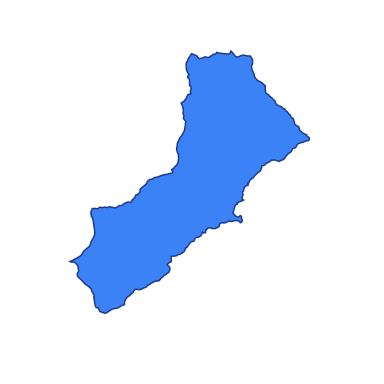 the district of Lunca Bradului, Mures, Romania, rotated 206°
{"feature_id": "2599482B15152164685574", "entity_name": "Lunca Bradului", "entity_type": "district", "adm_level": 2, "iso_a3": "ROU", "parent_name": "Romania", "parent_adm1": "Mures", "projection": "albers", "projection_center": [25.143, 46.979], "detail": "fine", "context": "isolated", "style": "filled", "palette": "blue", "viewbox_px": 384, "rotation_deg": 206, "n_neighbors": 0, "source": "geoboundaries", "source_scale": "gbopen_adm2", "svg_char_len": 6074}
<svg xmlns="http://www.w3.org/2000/svg" viewBox="0 0 384 384"><g transform="rotate(206 192 192)"><path d="M252.8,316.3L253.1,315.5L253.8,310.3L253.6,309.1L253.7,305.4L252.8,303.1L252.1,302.0L251.4,301.3L251.4,300.7L250.9,299.9L248.7,297.7L247.7,297.0L246.1,296.4L246.1,295.8L246.5,294.9L246.2,293.0L243.9,292.2L242.9,290.9L242.4,289.6L240.7,286.4L239.6,286.6L239.0,286.2L238.0,283.9L237.4,281.3L236.9,280.5L236.1,280.1L236.0,279.9L236.5,279.1L237.5,278.3L238.1,278.2L238.5,277.5L238.2,275.7L238.4,274.5L238.2,273.6L238.2,273.3L238.8,271.9L238.6,271.4L238.6,270.9L240.7,267.2L238.5,265.3L236.4,262.9L235.2,260.9L234.6,258.7L233.8,258.1L232.3,256.3L232.0,254.4L231.0,253.8L228.7,252.9L228.4,252.6L228.2,251.4L227.4,249.5L225.7,243.9L225.9,238.8L226.7,234.8L226.3,233.6L226.6,232.9L226.5,229.9L226.3,228.6L225.7,227.2L224.9,224.4L224.6,223.7L222.8,221.5L221.6,220.4L220.6,220.2L220.1,218.3L219.2,217.2L218.4,215.6L218.3,214.7L217.5,212.8L217.4,212.0L217.6,210.9L217.4,210.0L218.6,206.8L218.8,205.4L219.0,204.8L220.2,203.3L219.5,202.5L218.4,202.2L218.4,201.9L218.1,201.6L218.1,200.7L218.2,200.2L219.1,199.5L220.0,199.0L222.8,196.4L224.2,195.7L227.6,192.6L228.1,191.7L228.6,191.4L230.3,189.6L231.2,189.0L231.9,188.8L232.9,187.1L233.7,186.0L235.3,184.8L236.3,183.4L236.4,182.5L236.7,181.2L236.7,179.1L238.6,174.7L239.2,173.8L239.3,172.8L239.9,171.5L239.3,171.0L238.8,170.1L238.9,168.8L239.6,165.9L241.0,164.9L241.2,164.2L241.2,163.4L241.1,162.6L241.1,161.7L242.2,158.9L242.3,158.0L242.1,157.7L242.3,156.3L242.6,155.9L243.0,155.4L244.8,155.1L245.5,154.8L246.2,153.7L247.6,152.5L248.7,150.0L249.2,149.3L250.1,148.5L251.3,148.0L252.2,146.7L252.7,145.5L254.3,144.0L254.8,143.7L259.3,142.8L261.3,141.0L262.6,140.4L263.7,140.3L265.8,138.6L267.4,138.2L268.2,137.8L268.7,137.2L269.1,136.1L269.5,135.4L272.0,134.7L274.4,133.4L274.1,131.6L274.3,130.1L273.6,129.0L273.4,128.4L272.7,127.2L272.1,126.6L271.9,126.0L270.6,125.5L268.8,123.7L262.6,114.6L261.0,111.7L260.6,108.7L260.9,103.2L260.3,100.4L260.3,99.1L260.6,97.7L263.1,92.2L263.4,90.7L263.6,88.1L263.9,86.5L265.1,84.3L266.6,82.1L270.0,77.4L271.3,76.0L270.3,75.9L267.7,77.1L266.6,77.3L263.3,76.2L262.3,75.6L259.4,71.6L259.2,70.9L259.3,68.8L259.0,67.7L258.5,66.7L257.5,65.9L255.9,65.3L253.3,64.7L252.2,64.0L249.5,63.2L247.7,62.3L245.5,62.2L240.2,60.8L238.5,58.9L236.3,57.2L234.6,56.2L234.1,55.6L234.3,54.7L233.6,53.6L231.2,50.3L231.0,49.8L230.9,49.8L228.7,47.0L228.0,46.5L227.2,46.2L225.6,46.8L224.9,46.1L222.3,44.2L217.1,44.9L216.6,45.2L215.6,46.4L214.4,48.3L213.7,49.9L211.9,52.2L207.5,55.6L205.7,58.7L203.3,61.3L203.6,61.6L204.5,64.1L204.7,65.4L204.7,67.0L203.8,69.5L202.1,72.9L201.9,74.1L200.9,76.1L200.9,78.4L200.4,79.4L200.0,79.9L199.1,80.3L196.6,81.0L195.4,82.2L194.6,82.5L194.4,83.2L191.3,86.8L191.0,88.6L189.4,90.5L189.3,91.1L188.7,92.1L186.8,94.6L186.8,95.2L185.1,96.0L184.3,97.0L184.2,96.9L184.0,97.2L183.6,97.2L183.2,97.8L183.0,97.7L182.6,98.2L182.4,99.3L182.2,99.4L182.2,100.0L182.0,101.1L181.0,102.8L180.7,103.8L180.6,105.1L179.9,105.6L179.0,107.0L178.4,108.4L177.7,109.5L177.6,109.9L177.7,111.7L178.2,113.4L178.7,114.2L180.0,115.1L181.4,115.3L182.5,115.9L181.6,118.5L180.0,120.3L181.9,123.6L182.2,124.4L182.3,124.8L181.7,125.6L179.0,127.1L177.9,128.1L177.2,129.5L175.5,130.8L173.9,133.4L172.9,135.3L173.0,137.7L173.3,139.1L172.4,139.6L172.3,139.9L172.2,141.4L171.0,146.6L170.4,147.3L168.7,148.7L168.6,149.5L169.0,151.6L168.8,152.5L166.1,154.5L164.9,156.5L164.8,158.6L165.1,160.4L163.7,160.3L162.9,161.1L162.0,161.4L163.0,164.1L162.5,164.4L162.3,164.9L162.1,166.3L161.0,167.2L159.5,167.9L157.8,168.0L155.2,169.2L152.5,172.7L152.6,173.5L152.9,174.2L153.0,175.9L152.8,176.6L151.8,177.3L149.1,178.5L147.7,179.9L145.8,182.3L144.0,182.6L143.3,183.0L142.5,183.6L141.4,184.9L138.7,186.1L136.4,186.5L135.9,186.3L135.6,185.7L135.2,185.5L134.2,186.4L134.1,187.3L134.2,188.4L134.8,189.1L135.5,189.5L135.8,190.0L136.3,190.4L136.5,191.3L137.4,191.9L138.1,192.0L138.4,191.8L139.2,190.1L139.7,189.7L140.0,189.5L141.2,189.4L143.4,189.9L144.3,190.4L145.6,190.8L146.1,191.6L146.2,192.9L146.7,195.0L146.8,196.4L147.5,198.7L147.4,199.1L145.9,200.9L146.0,201.3L146.7,201.7L145.9,203.0L144.3,205.0L143.3,205.7L142.1,207.4L143.5,207.5L144.3,208.1L144.7,209.3L144.8,211.1L145.1,212.3L145.8,212.9L146.3,213.6L146.5,214.6L146.1,215.6L146.8,217.5L146.9,219.6L146.0,221.3L144.5,222.7L145.7,224.4L145.1,224.6L144.9,225.5L145.2,228.1L143.6,230.8L143.2,231.9L142.7,234.7L141.7,236.9L141.3,238.3L139.9,240.6L139.8,242.2L140.5,246.4L139.3,247.2L138.3,248.4L138.1,250.0L135.7,252.9L134.9,254.4L134.8,255.0L134.3,255.5L131.8,257.0L126.7,257.8L126.5,258.6L126.0,259.4L125.3,259.9L124.1,261.3L123.9,262.0L123.7,262.1L123.1,265.9L122.6,267.4L122.3,268.8L121.5,270.1L120.9,270.6L120.4,273.0L120.7,274.0L120.4,275.0L119.6,276.2L118.8,276.6L118.2,277.9L118.3,280.7L118.1,281.2L117.5,282.3L115.9,283.7L115.3,284.7L113.9,285.3L112.8,286.9L111.4,288.2L110.3,288.8L109.6,289.9L109.6,290.5L109.7,291.0L110.4,292.2L112.9,292.5L113.4,292.9L114.3,293.8L116.3,293.4L118.8,293.6L122.0,294.7L122.9,295.4L124.3,297.1L126.0,297.6L127.9,297.5L129.6,298.1L129.8,298.2L130.3,299.3L131.5,300.5L131.9,301.2L133.3,302.4L135.1,302.6L136.0,303.0L137.6,304.3L139.3,304.6L141.2,305.8L143.5,306.1L144.7,307.2L147.9,307.3L148.5,307.8L150.0,307.8L151.2,307.4L153.4,307.7L153.7,307.5L154.4,307.7L155.6,308.5L157.1,310.0L158.0,310.5L158.9,310.6L161.6,311.7L164.4,312.1L164.9,312.6L166.0,313.0L169.1,313.3L169.5,313.8L172.2,318.2L172.5,319.4L173.1,319.8L175.0,320.1L176.9,320.8L182.3,321.1L184.6,322.0L186.2,322.9L187.3,324.6L188.0,325.3L191.9,328.4L193.9,331.5L193.7,333.4L193.8,333.8L195.5,337.4L199.1,339.8L201.7,338.6L205.5,337.7L206.4,337.2L207.9,335.9L209.5,333.8L211.2,332.9L212.0,332.8L218.4,335.8L218.8,335.8L218.9,335.4L218.7,334.2L218.8,333.0L220.1,331.8L225.9,329.6L229.4,328.5L231.1,328.3L231.2,327.0L231.4,326.1L231.6,325.8L233.2,325.2L233.6,324.7L234.0,322.9L234.9,322.4L235.3,320.9L236.9,319.8L239.8,319.1L241.1,317.3L242.3,316.2L243.9,315.2L244.6,315.1L245.4,315.3L247.3,316.4L249.7,316.5L251.5,316.2L252.8,316.3Z" fill="#3b82f6" stroke="#1e3a8a" stroke-width="1.5"/></g></svg>